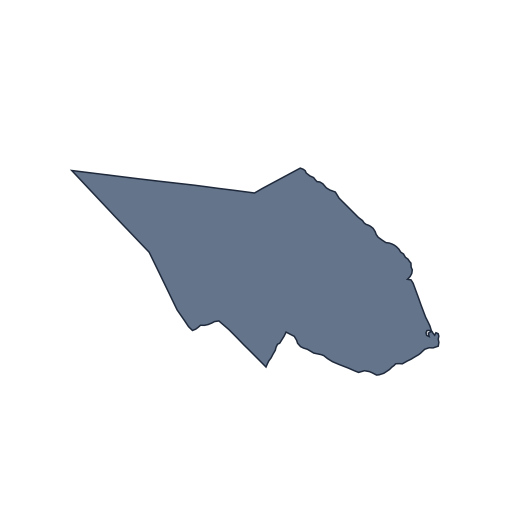 Penalva, Maranhão, Brazil (Albers equal-area conic projection), rotated 23°
{"feature_id": "56859067B25044187316118", "entity_name": "Penalva", "entity_type": "district", "adm_level": 2, "iso_a3": "BRA", "parent_name": "Brazil", "parent_adm1": "Maranhão", "projection": "albers", "projection_center": [-45.216, -3.249], "detail": "fine", "context": "isolated", "style": "filled", "palette": "slate", "viewbox_px": 512, "rotation_deg": 23, "n_neighbors": 0, "source": "geoboundaries", "source_scale": "gbopen_adm2", "svg_char_len": 1922}
<svg xmlns="http://www.w3.org/2000/svg" viewBox="0 0 512 512"><g transform="rotate(23 256 256)"><path d="M459.0,267.8L458.1,264.1L456.2,261.3L455.6,258.3L454.0,256.3L451.6,256.3L451.4,259.1L447.0,256.7L443.4,252.4L439.7,249.1L436.1,246.1L427.4,237.0L421.9,231.0L411.3,219.7L408.0,217.4L404.5,218.3L405.9,214.5L406.2,211.1L405.3,207.7L403.2,205.7L401.4,202.0L399.2,200.9L397.1,199.5L394.0,198.8L391.0,196.5L387.7,195.9L384.9,193.9L381.7,192.6L379.2,192.0L376.6,191.8L373.6,192.0L370.4,192.9L365.9,192.1L361.1,191.0L358.2,189.2L356.2,187.0L353.0,184.8L349.8,183.9L347.5,183.7L344.8,183.9L342.4,183.2L340.3,181.8L335.2,180.5L309.9,170.3L306.3,167.7L304.0,166.1L298.3,166.4L294.1,165.8L289.3,163.4L285.8,162.9L283.2,163.7L281.0,162.8L278.4,161.3L274.2,161.2L269.8,160.0L268.0,158.3L265.7,157.7L262.4,157.8L235.4,191.4L230.0,198.6L211.2,203.8L194.8,208.5L182.0,212.0L171.6,214.9L135.6,225.6L117.1,231.0L53.0,249.3L110.4,274.6L156.2,294.3L176.3,311.8L193.2,326.6L204.5,336.5L215.9,343.7L221.5,347.4L226.6,349.4L229.1,346.9L230.5,344.5L232.0,341.4L235.6,340.0L238.7,337.8L241.5,335.0L243.4,332.6L247.2,330.3L259.7,334.3L271.7,339.2L276.1,341.1L280.1,342.8L284.8,344.6L304.0,352.4L308.6,354.3L308.6,351.1L308.8,347.5L309.7,343.9L310.0,339.9L310.6,335.2L310.1,332.3L310.3,328.8L311.9,327.0L313.2,318.8L313.4,314.3L322.6,315.0L326.3,317.7L328.4,320.1L332.4,322.0L335.5,322.2L339.8,321.8L347.0,322.8L354.7,321.3L357.3,321.2L361.9,322.5L367.7,323.4L374.9,323.4L384.9,323.1L391.7,323.2L395.9,323.1L400.7,319.2L405.7,318.1L408.4,318.1L413.5,318.5L415.8,317.2L419.5,314.0L423.2,308.4L424.5,305.2L425.9,302.8L426.7,300.6L430.1,299.0L432.8,298.1L436.5,293.3L439.0,290.5L440.4,288.5L442.3,285.9L444.2,283.4L445.4,281.3L446.5,278.7L447.8,275.9L451.2,272.8L454.9,271.4L459.0,267.8ZM447.0,256.7L444.8,259.7L446.9,262.5L444.1,262.4L442.5,260.3L442.5,257.8L444.6,256.8L447.0,256.7Z" fill="#64748b" stroke="#1e293b" stroke-width="1.5"/></g></svg>